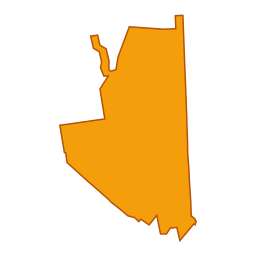 outline of Carroll, New Hampshire, United States of America
{"feature_id": "52423323B18021300180262", "entity_name": "Carroll", "entity_type": "district", "adm_level": 2, "iso_a3": "USA", "parent_name": "United States of America", "parent_adm1": "New Hampshire", "projection": "natural_earth1", "projection_center": [-71.154, 43.884], "detail": "fine", "context": "isolated", "style": "filled", "palette": "amber", "viewbox_px": 256, "rotation_deg": 0, "n_neighbors": 0, "source": "geoboundaries", "source_scale": "gbopen_adm2", "svg_char_len": 1039}
<svg xmlns="http://www.w3.org/2000/svg" viewBox="0 0 256 256"><path d="M187.7,153.7L187.5,140.5L187.1,129.8L186.9,124.5L186.8,118.8L185.5,83.8L184.9,69.2L184.7,64.3L183.3,26.4L183.2,22.8L183.2,22.7L182.9,15.4L175.3,15.7L175.8,28.7L163.3,29.2L129.3,26.8L118.1,56.8L116.0,69.6L110.6,71.3L108.9,69.5L109.0,60.7L106.1,48.8L99.9,45.1L97.6,35.1L92.9,35.8L90.6,36.1L93.5,48.3L99.3,51.8L101.6,62.0L100.5,67.8L103.9,76.1L108.2,76.0L100.0,89.0L100.9,94.9L104.8,118.9L59.8,125.3L60.7,130.4L64.4,152.6L65.7,152.9L67.0,162.5L87.4,180.9L108.7,199.5L108.8,199.6L110.6,201.7L122.2,210.9L127.8,215.8L134.6,217.6L138.8,221.6L140.9,219.2L149.1,224.9L156.8,215.4L160.5,233.9L166.4,234.0L170.2,228.2L176.8,227.4L179.9,240.6L193.6,224.2L193.7,224.3L195.1,224.0L195.2,224.3L196.2,221.5L196.0,221.1L195.7,221.0L195.3,220.6L195.1,219.0L194.8,218.6L193.8,218.1L192.3,216.5L191.9,216.6L191.3,216.1L190.8,203.7L190.7,200.7L189.3,179.3L189.3,179.1L189.2,176.3L189.2,175.4L188.6,164.7L187.7,153.7L187.7,153.7Z" fill="#f59e0b" stroke="#b45309" stroke-width="1.5"/></svg>